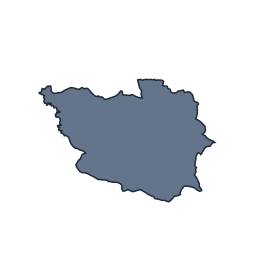 the district of Padang Terap, Kedah, Malaysia, rotated 119°
{"feature_id": "92858781B11501652719987", "entity_name": "Padang Terap", "entity_type": "district", "adm_level": 2, "iso_a3": "MYS", "parent_name": "Malaysia", "parent_adm1": "Kedah", "projection": "orthographic", "projection_center": [100.684, 6.234], "detail": "fine", "context": "isolated", "style": "filled", "palette": "slate", "viewbox_px": 256, "rotation_deg": 119, "n_neighbors": 0, "source": "geoboundaries", "source_scale": "gbopen_adm2", "svg_char_len": 4617}
<svg xmlns="http://www.w3.org/2000/svg" viewBox="0 0 256 256"><g transform="rotate(119 128 128)"><path d="M128.8,216.0L129.2,216.9L129.5,217.2L130.2,217.7L130.6,218.2L130.6,218.7L131.6,219.0L132.2,219.3L132.9,219.2L133.7,219.3L134.5,219.5L134.7,219.8L134.5,220.7L135.1,221.0L135.3,221.5L135.2,222.2L135.8,222.1L136.3,221.8L136.9,221.8L137.3,221.6L138.1,221.3L138.8,221.4L139.3,221.8L139.7,222.4L140.1,222.8L140.7,222.4L140.7,221.5L140.6,220.9L140.7,220.0L140.5,219.4L140.1,218.4L140.2,217.7L140.3,216.8L141.1,216.6L142.2,216.6L142.5,216.1L142.7,215.1L143.6,215.0L144.4,214.9L145.0,214.6L145.7,214.2L146.5,213.4L146.7,212.4L146.3,211.9L146.2,211.4L146.5,210.4L147.2,210.4L147.3,209.8L146.8,209.6L146.1,209.5L145.3,209.4L145.1,209.5L145.1,210.0L144.7,210.1L144.6,209.2L145.2,208.2L145.5,207.5L145.3,207.3L144.4,207.8L143.7,207.6L144.1,206.7L144.7,206.4L145.6,206.0L145.7,205.6L145.1,205.0L144.8,204.1L145.2,203.6L145.8,203.2L146.2,202.9L146.2,202.3L145.6,201.7L145.1,201.4L144.8,201.0L145.0,200.4L145.3,200.0L145.9,199.6L146.5,199.3L146.8,198.7L146.8,198.3L146.7,197.4L146.7,196.8L146.9,196.0L147.0,195.3L148.0,195.8L148.1,196.6L148.3,197.4L148.6,198.1L149.4,197.8L150.0,197.2L150.7,197.7L151.2,198.1L151.6,197.7L152.2,197.4L152.8,197.0L153.3,196.1L153.3,195.6L152.9,195.3L152.4,194.8L152.2,193.7L152.2,193.1L152.6,192.5L153.1,192.1L153.2,191.3L153.9,190.9L154.6,190.7L155.2,190.6L156.0,190.5L156.4,190.3L157.0,190.0L157.4,189.5L157.6,189.0L157.8,188.3L158.0,187.9L158.7,188.7L159.0,189.5L159.5,190.1L160.0,190.8L160.5,190.4L160.8,189.9L161.2,189.6L161.1,189.3L160.4,188.9L160.5,188.3L161.3,188.2L161.8,188.2L162.6,188.0L163.3,187.8L163.6,187.3L163.2,186.8L163.1,186.2L163.4,185.8L163.2,185.4L162.6,185.0L162.4,184.6L163.1,184.3L164.3,184.4L164.8,184.1L164.7,183.1L164.4,182.4L164.7,181.2L165.7,179.9L164.7,179.0L164.7,176.2L165.5,174.6L166.6,173.5L168.0,172.1L169.4,170.3L170.8,167.1L171.2,164.5L170.4,162.3L170.6,160.2L170.0,157.4L170.0,155.0L170.6,153.0L173.2,155.2L175.0,155.0L178.5,154.8L179.9,155.6L182.7,155.6L185.3,155.8L186.9,154.2L188.1,152.0L189.3,149.2L189.3,146.5L188.1,143.9L187.5,141.1L187.5,137.9L187.3,135.3L187.5,129.2L183.9,121.3L184.3,119.1L183.3,117.1L182.7,114.7L181.1,111.9L180.5,109.5L180.5,106.8L181.9,105.0L184.1,104.2L185.7,101.8L184.3,100.0L181.9,98.2L181.5,93.1L179.5,90.9L177.5,89.1L175.9,87.1L175.9,81.6L176.3,78.4L176.1,75.2L175.7,72.0L176.7,70.3L175.5,66.7L174.8,63.3L173.4,60.5L173.0,56.8L171.4,55.8L168.6,55.0L165.4,54.4L163.2,52.0L162.5,51.0L160.7,50.0L159.1,51.0L156.5,51.4L151.7,50.8L150.7,49.0L149.8,46.9L148.8,44.3L148.4,42.5L148.2,40.1L148.8,37.5L148.6,34.8L147.0,33.2L145.2,35.4L145.2,36.9L142.0,38.7L140.6,40.7L139.2,42.5L137.5,45.5L136.9,47.1L133.3,47.3L132.1,48.6L129.3,49.0L128.9,51.0L126.0,52.4L122.2,53.6L120.0,54.8L115.6,54.8L115.2,53.0L116.0,51.6L114.6,51.2L108.9,51.2L106.1,50.2L105.1,48.6L104.1,47.3L102.7,47.3L99.8,46.7L98.6,45.1L98.2,47.3L98.6,49.2L98.6,51.8L98.4,54.2L97.4,56.6L97.4,58.2L97.4,60.1L94.0,58.8L92.6,59.0L90.4,60.7L89.6,61.1L88.9,62.3L88.2,64.4L87.4,67.3L87.2,69.6L87.2,72.0L87.2,73.1L84.8,73.6L81.6,74.5L79.4,75.6L78.0,76.6L76.4,77.5L74.7,78.4L72.8,78.0L72.1,78.9L72.1,80.5L72.5,82.6L72.1,84.1L70.8,84.5L70.4,84.9L67.6,87.9L66.9,90.4L66.7,92.2L68.1,93.9L69.5,96.0L68.0,97.9L71.4,102.0L73.3,102.6L74.5,103.8L75.4,105.4L76.0,106.4L75.6,108.0L73.7,110.0L74.1,111.7L73.8,112.5L72.7,113.9L72.6,114.8L73.8,116.6L74.2,117.6L73.7,118.5L71.0,119.1L70.0,119.4L69.8,121.2L69.9,121.9L70.4,122.8L70.6,123.5L71.1,124.2L71.4,124.6L71.6,125.6L72.4,126.2L72.8,126.6L73.1,127.2L73.0,127.6L72.4,128.0L73.0,128.7L73.6,129.2L73.9,129.7L74.0,130.4L74.2,131.1L74.6,131.8L75.1,132.5L76.2,134.3L76.5,135.1L76.5,135.7L77.0,136.1L77.7,137.1L78.5,137.9L79.2,138.6L79.3,139.4L79.3,140.0L79.5,140.6L79.7,141.0L80.4,142.0L81.3,142.9L87.2,137.4L87.9,135.7L88.2,134.8L88.6,134.5L89.5,134.2L90.2,133.6L90.8,133.3L91.6,133.2L93.4,131.7L94.7,130.2L96.2,133.4L96.7,137.7L96.8,140.5L98.1,141.9L99.2,143.3L99.6,144.0L99.9,145.4L100.8,146.8L101.4,147.9L100.8,149.3L100.1,149.8L99.1,150.4L98.7,151.3L99.1,152.3L101.1,152.7L103.3,153.1L104.7,153.7L106.7,154.8L113.1,160.6L114.2,162.1L114.0,163.5L113.5,164.9L113.5,166.0L114.3,167.0L114.4,169.6L114.8,169.5L115.3,170.1L116.0,172.0L115.6,174.4L115.3,175.8L114.9,176.8L114.5,178.1L114.0,179.1L113.6,180.3L113.1,181.9L113.2,183.5L114.1,184.2L114.7,185.0L114.9,186.6L114.9,187.7L115.4,188.2L116.6,188.8L117.9,189.4L118.6,191.5L119.2,194.6L120.4,197.7L125.9,201.8L127.7,202.6L129.5,203.8L130.7,205.8L131.9,207.2L133.3,209.0L133.7,210.8L132.9,213.2L131.3,214.0L129.7,215.1L128.8,216.0Z" fill="#64748b" stroke="#1e293b" stroke-width="1.5"/></g></svg>